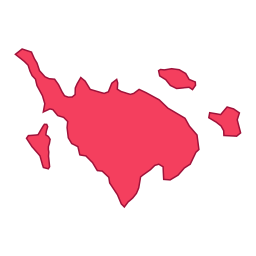 Culebra, Puerto Rico (Natural Earth projection)
{"feature_id": "32010507B36782575213222", "entity_name": "Culebra", "entity_type": "district", "adm_level": 2, "iso_a3": "PRI", "parent_name": "Puerto Rico", "parent_adm1": "", "projection": "natural_earth1", "projection_center": [-65.293, 18.314], "detail": "fine", "context": "isolated", "style": "filled", "palette": "rose", "viewbox_px": 256, "rotation_deg": 0, "n_neighbors": 0, "source": "geoboundaries", "source_scale": "gbopen_adm2", "svg_char_len": 2416}
<svg xmlns="http://www.w3.org/2000/svg" viewBox="0 0 256 256"><path d="M15.4,54.3L18.9,57.1L20.7,58.5L22.2,59.7L24.3,61.4L28.1,65.2L30.0,71.1L32.1,75.6L35.5,79.2L36.1,81.9L37.0,85.6L42.5,95.8L44.8,103.7L43.3,112.0L44.2,111.5L45.8,110.8L49.9,108.9L52.4,109.5L52.9,109.6L53.6,110.5L57.7,115.5L59.1,116.0L62.2,116.9L63.7,117.4L67.7,121.5L67.1,127.4L67.1,127.8L68.3,137.8L71.7,143.5L77.8,146.6L78.0,147.0L79.8,154.8L80.4,155.0L85.9,155.9L91.6,161.7L92.5,162.5L97.0,170.1L97.4,170.6L98.6,170.7L102.2,171.1L108.8,177.3L109.7,183.0L117.5,194.8L121.3,203.9L121.8,204.4L123.0,205.6L124.3,207.0L128.3,201.7L129.5,200.8L132.8,197.9L136.4,193.4L138.2,189.2L138.3,188.8L138.7,188.0L140.6,176.8L141.7,176.0L142.7,175.2L143.8,174.4L150.4,169.7L154.8,165.4L158.8,164.2L163.1,166.8L163.3,171.8L163.6,177.8L163.7,179.4L169.2,179.8L170.1,179.9L178.1,175.1L184.3,168.0L188.6,165.2L189.9,164.4L190.2,164.2L195.9,152.3L197.5,150.8L198.7,149.7L198.9,149.5L197.0,135.0L189.4,126.2L185.7,119.5L184.9,118.2L172.2,110.7L167.9,108.2L164.8,105.2L159.3,99.9L146.1,92.7L139.1,89.4L134.7,92.7L133.8,93.4L130.4,94.4L126.1,93.1L125.6,92.9L121.1,91.5L117.3,89.2L117.7,83.0L116.7,79.4L111.8,83.2L108.4,91.8L104.2,93.4L100.8,92.5L90.2,89.4L88.3,86.3L85.1,81.1L83.3,79.6L82.4,78.9L80.8,77.5L77.2,83.7L75.3,88.0L75.1,94.6L72.2,97.0L68.3,97.2L64.5,95.8L62.0,91.8L59.4,86.5L58.6,84.9L58.1,84.1L54.6,79.2L49.1,78.7L45.1,76.9L44.7,76.5L39.5,70.7L37.0,63.1L34.4,58.8L31.6,52.5L31.5,52.1L22.1,49.0L15.4,54.3ZM209.7,112.7L208.8,117.7L216.3,122.2L221.1,126.0L223.7,130.7L223.9,135.5L225.9,135.6L235.8,136.1L236.6,136.2L238.9,134.3L240.6,132.9L237.2,119.8L238.8,114.8L239.1,113.9L239.4,112.9L233.6,108.9L227.1,107.0L225.9,108.4L220.7,114.6L215.7,113.7L209.7,112.7ZM28.4,135.6L26.5,138.3L32.0,146.7L33.9,148.8L34.1,149.1L38.0,153.5L40.0,155.9L42.1,163.4L42.3,164.2L43.4,167.5L48.3,168.8L48.4,168.6L49.6,166.7L49.3,163.7L49.2,162.7L48.5,156.2L48.6,154.8L48.8,152.2L48.6,150.6L48.4,150.0L48.4,146.6L49.4,143.4L50.1,139.3L48.4,136.6L45.8,134.8L46.4,130.9L47.7,126.7L46.7,124.4L44.4,124.3L43.0,126.3L40.7,130.2L40.4,130.7L38.1,134.7L36.3,135.0L28.4,135.6ZM158.6,70.7L159.7,75.9L165.8,79.7L170.1,85.1L170.3,85.4L176.6,88.5L183.0,87.9L184.3,87.7L189.1,87.3L192.5,89.6L195.0,86.0L195.5,85.4L195.5,85.0L195.3,82.0L189.1,79.4L185.7,73.5L179.2,69.7L171.5,68.7L171.3,68.8L170.4,68.9L164.3,69.9L160.5,69.5L158.6,70.7Z" fill="#f43f5e" stroke="#9f1239" stroke-width="1.5"/></svg>